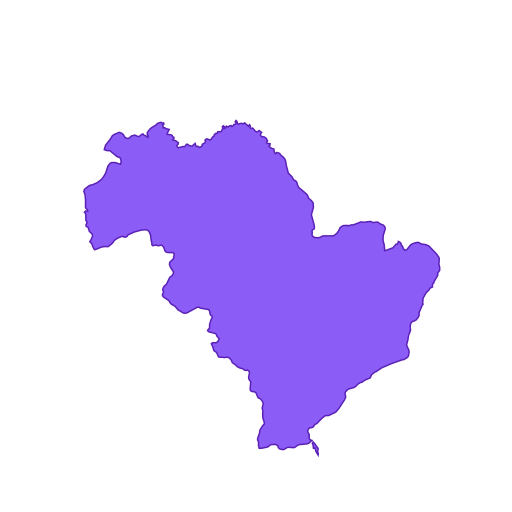 Campina Verde, Minas Gerais, Brazil (Robinson projection), rotated 226°
{"feature_id": "56859067B98785698808341", "entity_name": "Campina Verde", "entity_type": "district", "adm_level": 2, "iso_a3": "BRA", "parent_name": "Brazil", "parent_adm1": "Minas Gerais", "projection": "robinson", "projection_center": [-49.784, -19.485], "detail": "fine", "context": "isolated", "style": "filled", "palette": "violet", "viewbox_px": 512, "rotation_deg": 226, "n_neighbors": 0, "source": "geoboundaries", "source_scale": "gbopen_adm2", "svg_char_len": 6097}
<svg xmlns="http://www.w3.org/2000/svg" viewBox="0 0 512 512"><g transform="rotate(226 256 256)"><path d="M291.2,160.9L284.6,162.3L281.4,161.6L279.2,161.8L277.3,162.6L275.7,162.8L271.5,162.5L265.5,164.1L263.9,165.4L263.0,166.9L259.9,178.3L258.7,179.4L257.1,179.8L250.2,184.8L247.9,184.0L246.6,182.9L245.0,182.3L243.6,182.5L242.2,182.0L241.3,179.2L239.2,175.3L236.3,172.3L236.4,170.6L235.9,169.3L234.2,169.4L228.6,172.9L227.2,173.0L225.5,172.2L221.9,171.9L220.9,168.8L221.4,166.9L223.8,164.6L223.9,162.9L220.9,161.9L217.2,160.0L214.0,160.6L209.5,159.0L208.4,159.5L206.2,161.8L205.1,162.5L203.0,165.2L201.6,165.9L198.8,166.0L195.7,164.9L191.5,165.7L189.5,165.6L186.4,166.7L183.9,168.3L182.1,168.4L180.8,169.1L179.8,170.6L177.8,171.0L176.4,170.0L173.9,166.4L172.5,165.4L169.0,164.7L164.4,159.4L163.1,158.6L161.8,158.7L158.9,160.8L157.4,160.9L152.7,159.0L150.0,160.0L147.4,159.7L144.9,158.8L142.3,154.8L139.5,153.1L137.5,150.8L134.5,148.3L130.6,146.4L129.3,145.1L129.4,143.2L128.3,138.9L127.9,137.7L126.2,135.6L123.9,130.9L122.7,129.4L120.7,128.8L117.8,126.0L115.4,124.7L113.6,126.8L110.7,131.4L110.2,132.8L110.4,134.4L109.5,136.3L106.8,139.2L104.3,139.9L102.7,138.9L100.8,139.0L98.0,140.8L97.3,142.1L96.6,145.3L95.9,146.4L91.8,150.1L91.2,151.8L91.1,153.9L90.3,156.0L85.2,162.6L84.6,163.9L84.5,168.1L86.5,167.1L88.3,168.0L90.5,170.2L94.0,171.3L95.0,173.2L95.2,175.3L94.0,176.5L93.3,178.1L93.9,181.8L93.2,183.3L93.5,190.3L93.1,194.8L90.7,197.6L88.3,205.0L88.8,210.0L91.1,219.9L92.3,222.6L95.6,224.8L96.1,226.1L96.2,229.8L93.2,235.4L92.9,238.4L93.1,240.0L92.7,241.9L92.3,243.5L91.5,244.7L91.5,246.1L90.7,249.1L89.0,253.6L90.2,256.4L90.3,258.0L90.0,260.6L89.3,262.5L88.2,268.9L84.4,278.9L80.0,288.6L78.7,290.5L77.9,294.1L78.1,296.1L80.3,299.1L81.8,300.4L86.5,302.1L87.7,302.9L90.1,306.9L92.9,310.6L94.9,315.0L95.8,316.1L98.1,317.7L99.7,320.0L100.2,321.3L100.2,323.1L99.2,325.0L98.8,326.7L99.2,330.2L100.0,332.1L102.1,334.2L105.1,341.3L105.3,342.8L106.5,343.2L108.5,345.8L109.5,346.5L111.4,353.0L111.4,356.9L112.0,358.8L111.1,361.5L112.4,362.5L113.2,363.7L113.1,365.2L113.9,366.4L115.5,372.2L116.1,373.7L117.6,374.8L117.9,377.8L118.8,378.9L120.7,380.6L123.1,381.9L126.8,386.1L127.9,386.6L132.0,387.3L141.7,387.3L143.0,387.3L146.2,386.1L149.9,383.2L152.6,382.5L153.7,381.5L155.3,379.0L156.6,375.4L155.8,368.7L156.7,367.2L157.9,367.0L159.2,367.3L161.5,368.2L162.8,368.1L164.2,369.0L166.2,369.1L167.6,368.5L166.7,367.3L166.4,366.0L167.2,365.1L166.8,360.2L169.7,353.5L170.4,352.3L175.0,356.0L178.5,357.9L180.5,359.7L182.4,361.8L185.5,367.4L186.8,368.7L188.3,369.1L190.0,369.0L193.0,367.6L195.9,367.1L199.1,363.1L200.8,362.7L201.8,361.8L205.2,357.2L207.6,355.2L210.8,347.6L212.1,346.2L213.6,343.4L214.7,342.8L217.0,340.2L217.7,338.6L218.0,336.1L216.7,333.0L216.2,330.0L216.4,326.6L217.0,325.4L223.7,318.4L224.5,316.8L224.7,315.3L226.1,313.2L228.8,310.9L230.8,310.5L232.6,311.1L233.6,312.7L234.8,313.4L235.5,314.6L235.1,316.7L236.0,318.0L238.3,319.6L247.2,324.5L251.1,331.1L254.4,333.9L256.8,334.3L261.4,334.0L262.6,334.8L265.4,335.4L275.2,334.4L276.8,334.6L281.1,336.7L282.9,336.6L284.6,336.0L288.0,336.9L293.3,336.9L300.4,340.9L303.3,343.0L306.0,344.2L308.5,344.3L312.0,343.9L313.4,344.3L316.0,342.9L316.0,341.2L317.5,341.2L319.3,342.1L320.5,343.2L322.8,341.9L325.8,341.5L326.0,343.0L327.0,344.2L329.1,342.3L330.3,342.5L330.8,344.3L333.9,345.1L335.7,344.7L338.3,342.9L340.0,343.2L340.7,344.4L341.0,345.9L344.1,345.4L344.4,342.9L346.0,342.2L350.3,342.5L351.2,341.2L352.3,340.8L353.4,342.3L355.0,342.5L354.6,340.7L359.7,340.3L359.9,338.4L361.4,337.9L362.3,336.7L362.8,335.1L364.2,334.8L366.0,335.8L367.4,335.7L367.0,334.2L365.5,334.0L364.9,332.8L366.0,331.4L365.6,329.8L366.0,328.5L367.2,328.7L368.0,327.3L368.2,325.5L370.0,324.9L369.3,323.1L369.8,321.8L370.9,323.1L372.3,323.0L372.4,321.6L371.0,320.9L369.6,317.3L372.0,314.9L371.2,313.1L372.2,312.2L372.3,310.4L371.4,309.4L371.8,308.2L371.1,303.9L372.3,302.9L373.7,302.6L374.7,301.6L374.8,299.8L373.3,299.3L373.0,297.6L373.7,294.9L372.5,293.8L373.2,290.8L375.0,290.6L376.5,289.1L379.3,290.4L379.5,286.1L382.3,284.5L383.7,284.5L384.7,283.6L384.2,280.7L385.4,279.6L387.9,275.2L389.2,275.2L390.6,275.9L390.5,277.6L391.4,278.8L394.6,278.3L397.4,276.7L397.4,278.3L398.4,279.4L399.9,278.8L401.0,279.5L402.6,278.8L405.2,276.6L406.2,278.2L407.3,281.5L410.3,279.7L411.7,279.4L412.7,278.3L413.8,279.2L415.3,279.9L414.8,281.2L415.9,282.0L416.8,280.9L418.2,280.5L419.8,277.4L419.8,274.4L420.8,270.4L421.0,267.8L420.4,263.7L419.1,262.3L417.1,261.8L416.4,260.8L417.5,260.3L418.8,260.3L420.8,259.3L422.3,259.5L422.9,258.1L423.2,254.5L427.3,252.7L428.8,249.9L429.0,246.2L430.3,244.9L432.3,244.1L435.6,244.9L437.5,244.7L439.8,243.7L440.4,242.4L442.0,238.2L442.3,236.3L441.3,232.5L440.2,224.7L437.9,220.7L435.3,222.0L433.2,224.1L424.7,225.0L423.3,225.3L422.3,226.2L420.6,226.4L417.5,224.6L416.2,222.2L421.1,219.6L423.6,217.0L424.0,215.4L423.6,212.1L420.3,205.9L419.3,203.0L418.4,198.3L419.1,192.5L421.0,187.5L422.0,186.2L422.6,184.2L423.1,178.9L422.1,177.1L418.6,175.4L414.6,172.2L409.4,167.1L408.1,166.7L406.5,166.9L405.0,165.9L406.8,164.6L406.7,163.0L405.0,162.9L403.4,161.8L399.9,158.4L398.0,158.1L396.9,156.6L396.5,155.3L395.2,154.4L393.5,155.2L389.4,153.2L386.2,153.4L384.7,153.0L383.5,151.6L382.2,148.3L381.8,146.4L378.7,146.4L376.5,145.2L372.8,144.2L372.0,145.3L369.9,150.8L368.2,153.4L365.4,156.2L365.0,160.3L365.1,163.0L365.7,164.8L364.9,169.0L363.6,172.4L362.7,173.9L361.5,174.1L360.0,175.4L359.7,177.0L360.1,178.7L357.8,185.1L354.2,191.7L351.1,195.3L349.8,195.9L348.0,196.1L344.1,194.6L340.2,191.5L337.6,190.1L336.7,189.0L335.1,188.9L333.3,191.8L331.9,192.3L330.7,193.5L330.0,195.0L329.1,195.8L326.4,195.7L323.0,194.1L321.3,194.1L319.9,194.8L316.3,198.5L314.3,198.7L311.4,194.6L311.4,189.6L310.1,187.9L307.2,186.6L301.9,185.6L300.8,184.2L300.1,182.0L300.5,180.3L300.3,178.4L297.9,172.2L298.1,169.0L297.5,167.1L296.6,165.4L294.8,164.8L293.9,163.7L293.2,161.7L291.2,160.9ZM82.6,167.9L82.2,166.4L80.7,165.9L77.8,163.8L77.0,165.0L73.6,163.3L69.7,162.4L70.8,163.7L72.4,164.4L74.4,167.0L80.5,167.9L82.6,167.9Z" fill="#8b5cf6" stroke="#5b21b6" stroke-width="1.5"/></g></svg>